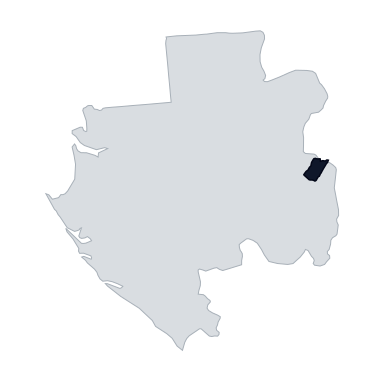 Bayi-Brikolo, Haut-Ogooué, Gabon shown in context, rotated 355°
{"feature_id": "22940354B11019670045233", "entity_name": "Bayi-Brikolo", "entity_type": "district", "adm_level": 2, "iso_a3": "GAB", "parent_name": "Gabon", "parent_adm1": "Haut-Ogooué", "projection": "mercator", "projection_center": [14.109, -0.581], "detail": "fine", "context": "in_parent", "style": "filled", "palette": "ink", "viewbox_px": 384, "rotation_deg": 355, "n_neighbors": 0, "source": "geoboundaries", "source_scale": "gbopen_adm2", "svg_char_len": 4185}
<svg xmlns="http://www.w3.org/2000/svg" viewBox="0 0 384 384"><g transform="rotate(355 192 192)"><path d="M277.8,42.2L277.6,45.8L273.6,54.4L271.7,61.1L271.2,68.1L272.3,73.8L274.2,77.9L275.5,82.3L274.5,85.4L272.6,86.7L273.9,88.3L276.8,88.7L281.8,87.3L289.4,85.0L299.4,81.5L305.9,79.7L316.8,80.9L322.5,82.2L325.5,84.6L328.7,94.7L330.3,96.3L332.9,100.6L335.1,105.8L335.6,108.4L335.3,110.3L333.1,113.1L330.6,117.3L329.8,119.8L327.7,121.6L325.1,123.5L317.8,124.2L316.7,125.3L314.7,129.7L310.9,133.4L309.1,136.9L307.6,141.6L307.9,147.5L307.1,155.8L306.4,161.5L308.3,163.5L316.9,164.9L318.6,166.0L320.9,169.5L323.8,172.8L331.8,174.9L334.8,177.4L337.3,180.2L337.7,182.4L335.9,191.5L334.1,200.3L334.8,206.9L335.4,213.3L336.4,222.5L336.0,228.2L333.7,231.6L333.7,234.3L334.8,237.6L332.8,246.6L331.5,248.1L328.0,249.8L326.1,252.2L325.5,256.0L323.6,261.2L321.6,263.1L321.6,265.5L323.5,267.3L323.5,270.0L320.0,273.2L317.8,275.7L313.1,276.9L307.7,275.6L306.5,273.8L307.8,271.0L307.3,268.8L305.4,266.4L302.5,260.4L300.0,259.1L298.6,261.6L294.2,266.2L286.4,272.1L281.0,272.5L271.0,270.7L262.6,267.9L258.6,261.0L256.2,255.3L252.6,248.7L248.6,245.5L244.3,243.5L242.3,243.4L236.2,247.1L234.4,248.5L234.4,251.6L235.0,254.5L235.9,255.9L236.7,257.8L236.6,260.6L235.5,264.5L235.1,268.8L215.8,272.9L212.5,271.4L210.1,269.5L207.2,269.8L198.8,272.0L195.7,270.5L192.7,269.4L191.3,270.3L191.2,272.1L192.6,282.2L192.1,286.0L190.2,290.9L189.3,294.3L194.4,295.3L196.2,296.9L198.0,299.4L200.5,301.7L200.7,303.1L197.9,305.8L196.9,309.0L198.2,311.5L201.7,314.1L206.8,316.9L209.3,318.7L209.0,320.3L206.7,323.8L205.8,326.7L204.2,329.4L204.5,331.9L206.8,334.2L206.5,336.2L205.0,337.8L201.8,337.4L199.1,337.7L196.7,337.0L189.2,329.1L187.6,328.9L176.7,335.0L174.0,337.5L171.7,341.1L168.7,348.9L163.8,344.3L159.5,336.0L154.5,330.9L144.0,322.7L141.3,316.6L129.3,303.2L112.0,289.9L99.6,278.3L97.7,275.7L99.8,276.0L111.8,281.8L113.5,281.2L114.9,279.9L109.7,276.8L104.7,274.4L100.1,273.0L95.4,273.1L92.8,270.6L91.1,266.9L90.3,263.7L88.2,260.4L81.6,253.5L80.0,250.8L76.4,247.2L78.6,246.7L85.7,250.2L86.3,248.8L85.7,246.8L78.6,243.5L74.7,243.3L73.8,241.0L74.3,238.3L69.3,228.3L64.0,220.8L63.1,217.2L77.4,233.5L79.3,233.8L81.8,233.7L87.7,231.8L86.6,229.7L83.9,227.3L81.3,228.4L78.0,228.6L76.2,227.7L75.4,226.0L78.8,218.1L77.3,218.5L76.3,219.9L74.4,220.5L71.6,221.0L64.6,216.7L58.4,205.3L56.7,202.9L55.1,199.0L53.5,197.3L46.3,181.0L49.1,182.3L52.3,187.0L58.6,186.0L61.1,183.2L63.2,183.4L65.4,182.7L68.2,180.2L76.3,169.0L78.4,154.2L77.7,145.4L76.5,136.7L79.2,133.9L80.3,135.8L80.8,138.8L82.0,141.1L84.9,143.2L90.3,143.7L98.5,147.0L101.5,149.0L102.3,144.9L111.8,141.4L108.9,140.2L100.5,141.5L88.9,136.3L85.0,133.0L81.4,126.7L77.7,123.4L78.0,120.4L86.3,117.7L88.5,118.0L89.4,121.3L91.6,122.6L92.5,122.2L92.8,119.4L92.9,111.9L90.3,101.3L91.1,99.2L93.4,98.5L95.4,97.1L96.8,96.8L99.7,97.1L101.1,99.5L101.9,100.9L104.7,101.5L107.0,102.8L109.0,102.5L110.7,100.9L113.2,100.6L120.8,100.6L127.6,100.7L141.3,100.7L155.0,100.8L168.7,100.8L179.1,100.8L179.0,94.7L179.0,85.3L178.9,74.2L178.9,63.5L178.8,53.6L178.7,41.9L179.3,38.6L180.0,37.2L179.7,35.3L190.3,35.1L209.5,36.0L217.9,35.9L220.3,36.0L230.8,35.5L239.3,36.2L242.9,37.0L246.1,37.4L256.3,37.9L269.6,37.3L274.1,37.4L276.6,39.1L277.8,42.2Z" fill="#d9dde1" stroke="#a8b0b8" stroke-width="1"/><path d="M330.6,172.2L330.3,172.1L329.6,171.9L328.9,171.9L328.4,172.2L327.8,172.6L327.3,172.7L326.7,172.6L326.0,172.4L325.7,172.3L324.9,172.2L324.4,172.2L323.8,172.4L323.2,172.7L322.6,172.6L322.6,171.4L322.6,170.5L322.5,170.1L320.5,170.0L319.7,169.9L318.8,169.7L318.2,169.3L317.1,169.3L316.4,169.4L315.9,169.9L315.1,170.9L314.3,172.1L313.7,172.9L313.4,173.9L313.1,174.8L312.8,176.2L312.2,176.8L311.7,177.2L311.1,177.7L309.4,180.3L308.6,180.8L308.1,181.0L307.4,181.5L305.4,183.8L304.9,184.5L305.0,184.8L305.5,185.4L309.8,190.0L310.7,190.3L312.0,190.4L312.7,190.5L313.4,190.7L314.3,191.1L314.9,191.5L315.4,191.8L316.1,191.6L317.0,190.9L317.6,189.8L318.4,188.8L319.2,187.7L319.7,187.6L320.2,187.4L320.9,186.2L321.2,185.5L321.6,185.0L322.5,184.0L322.9,183.2L325.0,180.1L327.5,176.7L328.3,175.5L328.9,175.0L329.5,174.4L330.1,173.3L330.6,172.2Z" fill="#0f172a" stroke="#020617" stroke-width="1.5"/></g></svg>